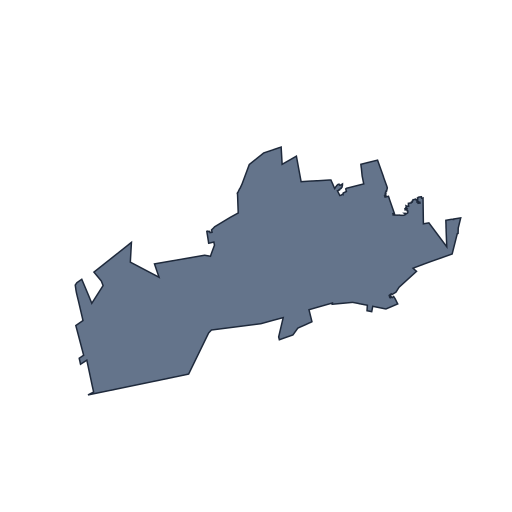 outline of Matehuala, San Luis Potosí, Mexico, rotated 70°
{"feature_id": "50627088B37134709492679", "entity_name": "Matehuala", "entity_type": "district", "adm_level": 2, "iso_a3": "MEX", "parent_name": "Mexico", "parent_adm1": "San Luis Potosí", "projection": "natural_earth1", "projection_center": [-100.598, 23.522], "detail": "fine", "context": "isolated", "style": "filled", "palette": "slate", "viewbox_px": 512, "rotation_deg": 70, "n_neighbors": 0, "source": "geoboundaries", "source_scale": "gbopen_adm2", "svg_char_len": 5216}
<svg xmlns="http://www.w3.org/2000/svg" viewBox="0 0 512 512"><g transform="rotate(70 256 256)"><path d="M303.9,58.4L298.9,56.4L290.2,50.6L288.8,57.8L289.2,57.9L288.9,58.6L288.4,59.7L288.3,60.1L287.4,65.4L291.7,66.8L292.3,67.0L292.8,67.2L294.3,67.7L294.6,67.8L296.6,68.4L297.0,68.6L312.6,73.6L284.0,82.2L283.0,87.7L258.6,79.2L258.6,79.6L258.3,80.6L256.9,80.3L256.5,82.0L256.3,83.3L256.6,83.5L256.6,84.3L256.8,84.3L257.6,84.5L259.0,85.0L260.4,85.3L260.6,84.8L261.3,85.1L261.9,84.2L260.9,83.5L262.4,83.8L261.9,85.7L260.5,85.4L260.3,86.3L258.9,85.7L258.8,85.8L258.0,86.0L257.9,86.5L257.1,86.5L257.0,87.9L257.1,88.4L256.8,89.2L257.3,89.5L258.0,90.1L257.9,90.5L258.8,90.9L258.5,91.7L259.2,92.1L259.0,92.9L258.3,92.7L259.0,93.0L258.6,94.8L259.5,95.1L261.5,95.6L260.6,97.4L260.2,97.8L261.7,97.9L261.0,98.0L261.5,98.5L262.6,97.9L262.4,99.8L263.7,100.1L264.0,98.3L265.1,98.6L265.3,98.0L266.6,98.2L266.7,98.3L266.9,98.4L267.5,98.8L267.6,99.3L267.5,100.1L267.1,100.9L267.0,101.0L266.7,101.9L267.1,101.6L268.0,101.1L268.3,102.1L268.2,103.6L267.4,105.7L267.0,106.6L266.7,107.0L265.9,109.4L265.2,111.1L264.8,111.9L264.7,111.5L264.2,111.6L264.2,111.9L264.4,111.9L264.4,112.2L264.5,112.2L264.7,112.3L264.0,113.7L264.1,112.7L263.0,112.8L263.1,111.4L248.6,111.2L247.9,111.2L247.4,111.1L246.3,111.1L245.5,111.1L245.2,111.1L244.9,113.9L244.8,114.6L243.7,114.6L243.8,114.3L243.9,113.9L243.6,113.8L243.0,113.9L243.2,113.1L242.9,113.1L241.6,113.1L241.7,112.8L241.7,112.6L241.2,112.6L240.7,112.6L240.2,112.3L240.1,111.4L239.7,111.4L239.3,111.4L239.2,110.8L236.9,109.3L236.5,109.3L235.4,109.2L225.4,109.2L225.2,109.1L207.5,109.0L206.6,117.4L206.5,118.6L206.4,118.7L206.4,119.3L206.2,121.1L205.7,126.1L207.7,126.6L207.8,126.6L208.6,126.8L209.7,127.0L213.2,127.9L213.7,128.0L214.8,128.3L217.2,128.9L225.1,130.1L223.6,145.0L223.3,147.6L223.6,148.7L226.3,149.0L226.6,152.4L226.9,152.5L227.8,153.1L227.4,153.2L227.8,154.3L228.0,155.5L227.8,156.6L227.3,156.6L222.6,157.2L222.6,156.6L222.6,155.9L222.4,154.9L222.0,155.0L221.8,154.1L221.7,153.6L221.6,152.9L221.2,152.8L220.9,151.8L219.0,150.5L217.9,150.1L218.0,150.5L218.1,150.9L218.2,151.2L218.1,151.3L218.2,151.5L218.3,151.7L218.3,151.9L218.3,152.0L218.3,152.3L218.2,152.3L218.1,152.5L218.0,152.9L218.0,153.2L217.9,153.2L217.8,153.3L217.7,153.3L217.4,153.4L217.2,153.5L217.1,153.4L216.9,153.4L216.8,154.5L217.2,155.5L217.3,155.6L217.3,155.8L217.4,156.0L217.5,156.1L217.7,156.4L218.1,157.0L218.4,157.5L218.6,157.8L218.8,158.1L219.0,158.4L219.2,158.6L219.3,158.7L219.5,158.8L219.6,159.0L216.5,159.2L214.3,159.3L212.0,159.5L210.2,159.6L209.7,161.0L206.4,172.3L206.2,172.9L206.1,173.1L205.9,173.7L205.8,174.0L205.6,174.8L205.4,175.3L205.3,175.8L205.1,176.4L204.0,179.9L201.6,188.2L176.0,183.9L178.8,200.1L162.2,195.1L161.8,213.5L167.7,231.0L183.6,244.5L187.1,248.0L187.3,248.5L188.2,249.4L189.2,250.4L189.8,251.0L190.3,251.4L190.2,251.7L190.4,251.9L190.6,252.0L190.8,252.2L191.4,252.2L191.7,252.3L191.9,252.3L209.5,258.0L210.8,266.5L211.5,270.2L214.4,284.9L215.3,286.6L215.8,287.8L216.2,288.8L217.6,289.0L218.7,289.2L218.6,289.9L218.3,291.2L217.0,291.1L216.8,292.3L216.1,292.7L216.0,293.8L217.1,294.0L217.7,294.1L218.4,294.3L219.1,294.4L220.2,294.6L220.7,294.7L221.7,294.9L223.3,295.2L225.9,295.7L226.7,295.9L227.8,296.1L228.0,294.9L228.4,291.3L228.5,290.8L229.3,291.0L231.6,291.3L238.2,296.9L240.7,298.9L239.9,300.2L237.7,304.0L229.3,350.7L228.7,354.1L237.7,354.3L238.5,354.3L238.8,354.3L242.8,354.4L218.8,376.2L200.6,368.4L201.5,371.2L201.7,371.7L215.7,413.8L226.6,409.9L231.5,409.8L244.3,426.5L244.1,426.5L241.7,426.6L236.4,426.8L230.3,427.1L218.3,427.7L219.8,433.4L221.5,435.8L226.7,436.9L228.5,437.2L229.1,437.3L232.4,437.7L238.0,438.3L251.3,439.9L254.8,440.3L257.5,440.7L259.7,449.1L290.3,451.9L291.6,457.1L292.9,457.3L294.9,457.5L296.7,457.8L297.7,457.9L296.0,450.6L322.2,454.3L328.3,455.1L329.1,461.4L334.4,425.2L337.4,404.7L342.0,372.9L342.1,372.4L343.9,359.7L312.1,326.8L310.3,323.2L321.3,274.5L322.3,261.6L323.2,251.5L339.8,262.4L342.7,262.7L342.7,259.0L342.7,257.4L342.8,248.3L338.1,241.4L337.9,239.4L337.5,233.0L337.1,228.4L337.1,228.2L337.1,227.8L337.1,227.7L337.1,227.4L337.0,227.1L337.0,226.8L337.0,226.5L337.0,226.4L336.9,225.9L324.6,224.6L325.0,218.4L326.3,200.3L327.4,200.9L332.6,181.1L335.3,176.5L336.5,174.7L336.8,174.1L337.2,173.5L337.5,173.0L338.0,172.1L338.4,171.5L338.9,170.7L339.1,170.3L339.3,169.9L339.6,169.5L339.9,168.9L340.4,168.2L341.0,168.5L345.4,170.4L346.3,168.9L346.5,168.5L346.9,167.9L347.4,167.1L347.7,166.7L347.9,166.3L343.2,163.5L345.3,160.1L348.4,155.0L349.1,153.9L350.2,152.0L349.9,146.1L349.5,139.2L347.3,139.5L346.2,139.6L343.7,139.9L343.2,140.0L342.9,140.1L341.1,140.5L341.5,141.6L341.7,142.3L341.3,142.5L341.0,142.6L340.8,142.7L341.0,143.4L341.2,144.2L340.8,144.3L340.5,144.5L340.1,144.5L339.7,144.4L339.7,143.7L339.7,143.4L339.6,143.1L339.3,143.2L339.1,143.4L339.0,143.5L338.9,143.6L338.9,144.1L339.0,144.3L338.6,144.3L338.6,144.2L338.4,143.8L338.3,143.6L338.0,142.6L337.8,141.8L338.2,141.6L338.8,141.4L338.7,141.2L338.5,140.3L337.9,137.1L337.8,136.8L334.3,132.3L325.3,110.4L323.2,111.6L321.2,112.6L321.1,110.3L321.1,109.0L321.1,108.5L321.0,100.5L321.0,93.5L321.2,71.0L303.8,59.2L303.9,58.4Z" fill="#64748b" stroke="#1e293b" stroke-width="1.5"/></g></svg>